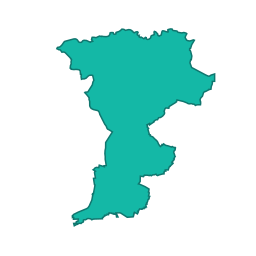 Pho Thong, Ang Thong, Thailand (Natural Earth projection), rotated 277°
{"feature_id": "78962969B68312342882015", "entity_name": "Pho Thong", "entity_type": "district", "adm_level": 2, "iso_a3": "THA", "parent_name": "Thailand", "parent_adm1": "Ang Thong", "projection": "natural_earth1", "projection_center": [100.339, 14.681], "detail": "fine", "context": "isolated", "style": "filled", "palette": "teal", "viewbox_px": 256, "rotation_deg": 277, "n_neighbors": 0, "source": "geoboundaries", "source_scale": "gbopen_adm2", "svg_char_len": 5814}
<svg xmlns="http://www.w3.org/2000/svg" viewBox="0 0 256 256"><g transform="rotate(277 128 128)"><path d="M212.6,81.1L212.0,81.3L211.5,81.0L210.9,81.5L210.5,81.5L209.8,82.4L209.5,81.9L209.2,80.7L208.5,80.2L209.8,76.1L209.7,73.6L209.1,72.5L207.4,71.4L207.2,70.7L207.1,69.4L207.5,68.5L209.1,67.1L209.6,66.4L210.0,65.4L210.0,64.4L209.7,63.1L206.3,54.7L205.7,54.1L202.5,52.4L200.8,51.1L200.0,50.2L199.4,48.2L198.8,47.9L198.0,47.7L197.6,49.1L197.3,49.5L197.2,51.4L195.2,53.1L195.6,55.0L195.2,56.4L190.4,62.4L189.7,62.6L189.6,63.2L189.0,63.6L186.7,63.4L184.7,63.8L183.0,63.3L180.5,63.3L180.4,63.6L180.2,63.6L180.1,64.3L179.4,64.4L179.4,67.4L179.7,68.3L179.9,70.3L179.8,72.6L178.8,73.6L175.5,74.3L175.5,75.1L173.1,75.2L170.7,75.9L171.2,76.9L171.4,78.6L172.3,80.3L174.5,82.0L175.4,82.9L176.0,85.0L175.9,86.5L171.2,88.3L169.4,87.6L166.4,87.3L159.0,83.8L158.8,83.4L158.3,81.1L157.8,80.8L157.7,81.1L155.6,83.4L153.3,85.7L151.7,85.8L149.8,86.7L145.4,87.3L144.4,87.8L143.5,88.5L142.9,89.1L142.1,91.4L141.6,95.6L141.5,96.1L140.9,96.8L140.0,97.6L138.0,98.4L128.9,104.5L127.4,106.0L125.0,107.3L124.4,107.9L123.7,109.9L122.2,113.0L110.9,107.6L105.4,108.2L102.9,108.0L99.8,108.2L96.8,108.9L94.1,109.2L88.1,111.0L87.6,108.8L86.7,109.1L87.6,104.0L85.1,103.8L85.1,101.6L84.9,101.1L84.2,100.0L82.9,99.2L82.3,98.5L81.1,101.0L80.4,100.3L79.6,100.2L74.3,101.8L73.8,99.9L67.7,101.6L67.4,102.2L58.6,101.7L58.6,101.0L58.0,100.7L57.6,100.7L57.5,101.2L52.1,100.9L45.8,99.0L43.8,97.9L42.8,96.6L38.4,88.8L35.6,84.6L35.1,84.2L34.4,84.1L34.2,83.5L33.6,83.5L33.5,84.0L32.3,83.8L32.4,85.0L30.8,85.0L31.6,89.8L29.4,89.7L28.9,88.3L28.4,88.0L27.3,88.2L26.9,87.0L26.7,85.7L24.4,86.6L25.9,88.6L26.3,89.8L27.0,89.6L27.6,92.0L27.5,93.0L28.2,93.5L29.3,95.1L29.8,95.2L31.0,94.9L31.3,95.0L31.6,95.6L31.7,97.0L32.9,98.6L33.0,98.6L33.3,99.3L33.3,102.0L32.5,103.2L33.4,104.8L34.8,113.7L36.0,113.6L36.5,114.5L37.6,115.1L37.8,115.7L38.5,115.5L38.9,117.3L39.6,118.3L39.8,118.2L39.6,119.2L40.8,119.3L40.9,119.7L41.5,119.7L41.4,120.4L41.5,121.9L41.3,121.9L41.0,123.4L41.4,123.5L41.4,124.3L40.8,124.3L40.8,125.8L41.1,125.8L41.2,127.0L39.9,127.0L38.3,127.5L38.5,128.9L42.3,126.5L42.4,127.2L42.8,130.3L42.6,131.3L39.3,138.1L40.4,143.7L41.5,144.1L41.4,144.2L43.6,144.5L43.6,144.2L44.2,144.3L45.1,144.6L43.9,147.8L46.0,148.5L46.6,147.8L47.3,148.7L49.0,149.3L49.1,149.6L49.0,151.1L49.2,152.0L49.8,152.0L50.0,153.8L51.2,153.8L51.2,154.3L51.1,155.1L51.8,155.1L51.9,155.8L52.9,155.3L54.4,155.1L54.9,156.2L56.0,155.6L56.5,156.1L58.1,156.5L59.3,156.6L59.6,156.8L59.8,157.3L60.5,157.5L60.6,157.2L61.6,157.5L62.8,157.9L63.0,156.6L65.3,157.0L66.6,156.8L67.0,156.0L67.6,156.3L69.7,156.3L69.8,156.0L70.1,156.1L71.9,152.0L73.7,146.1L73.8,145.2L76.3,146.6L81.7,146.1L81.6,149.2L81.9,149.2L82.4,149.7L82.5,149.6L83.2,150.0L83.1,150.7L83.4,151.5L83.5,153.6L83.3,154.9L83.9,155.7L83.4,156.9L84.5,158.2L84.8,160.0L85.6,161.4L84.7,162.2L84.4,163.3L85.0,164.1L86.2,167.0L86.7,168.3L86.8,169.3L88.0,169.3L88.2,169.1L89.5,169.5L89.9,170.8L90.9,170.2L91.2,171.3L91.2,173.0L93.7,173.5L94.8,173.9L95.2,174.3L95.1,174.6L95.8,174.9L98.1,176.8L98.3,176.4L98.7,176.8L99.4,175.7L101.2,176.9L101.2,177.1L102.1,177.5L102.8,177.7L103.0,177.2L105.6,178.3L105.9,177.8L106.8,177.6L108.3,176.9L108.4,176.7L109.8,176.3L111.2,176.7L111.3,177.0L111.9,177.4L114.2,177.5L114.5,177.0L114.0,176.6L115.0,174.1L114.4,173.6L115.2,169.7L115.4,167.4L116.6,165.3L115.1,164.4L115.7,163.8L114.0,162.9L113.5,162.6L113.6,162.3L115.6,160.4L117.8,159.1L118.8,158.2L120.9,155.2L121.8,154.3L122.3,153.3L123.0,150.9L123.9,151.0L124.3,149.7L124.7,149.8L129.2,147.9L130.1,148.5L131.2,147.1L131.4,147.3L132.3,146.8L132.9,146.9L133.4,146.4L135.1,148.8L133.7,149.0L137.3,153.1L137.7,152.8L139.2,154.3L139.7,155.2L139.8,156.3L141.9,157.1L142.4,159.0L144.0,160.9L145.8,162.1L146.8,162.5L148.2,162.3L148.8,161.8L151.7,162.4L152.5,163.1L152.6,166.1L154.4,166.3L159.3,172.4L159.9,172.6L160.0,173.0L161.8,173.2L161.1,179.6L160.1,183.4L159.5,184.8L159.5,186.5L159.8,187.0L159.9,188.5L159.6,189.3L159.7,190.6L159.2,191.5L158.6,192.1L159.1,192.9L159.5,194.1L159.9,197.1L161.9,197.1L162.8,196.6L163.1,196.8L164.7,196.0L166.8,196.6L168.6,198.0L172.4,198.7L173.5,199.7L173.6,200.4L175.7,203.4L176.2,203.6L176.1,204.3L176.5,204.9L176.6,205.6L179.3,205.6L182.1,206.3L184.5,206.0L184.6,207.2L184.8,207.5L184.9,208.3L192.2,207.4L190.6,203.9L189.3,202.4L189.3,201.2L190.2,198.4L195.8,183.8L200.3,181.5L203.5,181.9L203.5,182.5L207.2,182.6L211.5,180.9L212.7,180.2L212.7,179.7L214.2,179.5L214.6,179.7L214.8,180.4L218.5,181.1L223.2,183.2L223.4,182.5L223.4,182.0L222.8,180.9L221.9,178.8L221.9,177.1L222.3,175.5L224.7,173.7L226.5,174.0L228.7,174.9L229.2,174.2L229.4,173.2L229.6,171.8L228.9,169.7L229.1,166.1L229.3,165.6L230.2,164.8L230.3,160.8L230.8,160.2L231.6,159.7L231.5,158.0L230.6,155.8L230.2,155.5L228.7,156.1L228.2,156.0L228.2,154.5L228.7,152.0L228.7,150.6L228.2,150.1L227.4,149.9L224.3,149.6L223.6,148.4L223.1,148.1L223.2,147.1L223.5,146.6L223.9,146.2L224.7,146.2L225.2,145.7L226.8,143.8L227.1,142.4L226.7,142.2L225.9,142.2L224.4,142.6L223.9,142.6L222.5,140.0L222.1,139.7L220.1,139.4L218.8,138.1L218.3,136.8L218.4,136.0L218.8,135.2L219.9,135.1L220.1,134.2L218.5,132.9L219.9,129.8L219.3,129.2L219.8,128.0L220.2,128.0L220.5,127.6L221.4,127.8L221.2,126.6L221.6,125.9L222.6,125.6L223.8,126.4L224.3,126.2L224.7,125.4L224.3,124.2L223.9,123.3L223.4,123.0L223.3,122.7L223.5,121.8L224.7,120.7L224.8,120.1L225.3,119.6L225.8,118.0L225.7,116.5L224.6,113.6L225.4,111.9L225.4,109.9L223.7,108.5L222.6,107.1L221.5,104.6L221.1,104.4L220.1,104.6L219.7,104.1L219.4,103.4L219.5,102.5L219.8,102.1L220.7,101.8L220.9,101.4L220.6,99.2L220.0,98.5L219.2,98.7L218.6,98.6L217.1,97.7L216.7,97.3L216.0,95.3L215.8,92.3L215.9,91.3L215.9,90.7L215.6,90.6L215.8,88.5L213.9,85.5L213.8,84.7L213.9,83.2L213.7,81.4L212.6,81.1Z" fill="#14b8a6" stroke="#0f766e" stroke-width="1.5"/></g></svg>